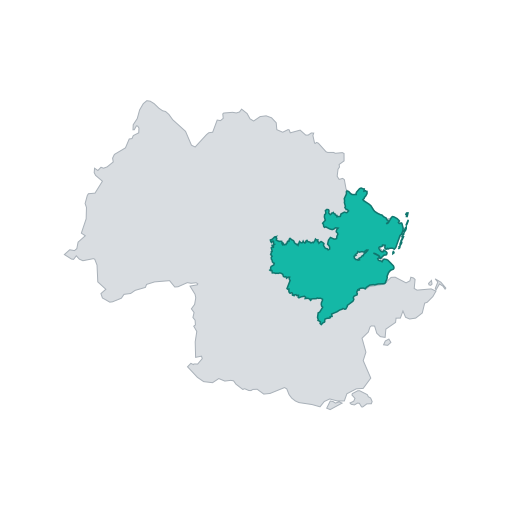 location of Niedersachsen within Germany, rotated 117°
{"feature_id": "DEU-1576", "entity_name": "Niedersachsen", "entity_type": "State", "adm_level": 1, "iso_a3": "DEU", "parent_name": "Germany", "parent_adm1": "", "projection": "albers", "projection_center": [9.302, 52.591], "detail": "fine", "context": "in_parent", "style": "filled", "palette": "teal", "viewbox_px": 512, "rotation_deg": 117, "n_neighbors": 0, "source": "natural_earth", "source_scale": "10m", "svg_char_len": 9794}
<svg xmlns="http://www.w3.org/2000/svg" viewBox="0 0 512 512"><g transform="rotate(117 256 256)"><path d="M229.8,428.3L218.9,421.4L209.3,422.1L207.7,419.8L204.4,420.0L199.5,416.4L195.1,418.4L194.0,420.4L194.3,421.6L198.8,421.8L199.4,422.9L194.8,425.0L187.4,424.2L178.7,426.0L171.4,425.6L167.2,423.8L166.1,420.6L166.5,415.9L168.4,409.7L169.0,405.2L168.3,402.2L169.4,397.9L172.4,392.1L176.9,375.4L186.6,363.8L186.5,359.7L170.3,355.2L167.6,354.0L165.4,350.8L152.5,352.3L151.5,349.1L148.2,347.7L144.5,350.1L143.3,349.7L138.6,342.1L137.5,338.5L135.2,336.1L131.7,335.5L133.1,328.6L136.5,323.6L136.8,319.4L129.9,315.6L126.5,310.6L125.8,304.9L128.1,298.5L134.0,294.8L133.6,288.4L128.8,284.8L128.6,283.7L130.7,281.4L123.8,273.8L125.7,266.6L124.6,264.4L121.3,262.6L120.3,260.4L122.8,260.0L128.7,255.2L128.9,254.4L127.3,253.6L127.2,251.6L131.3,241.0L131.2,239.2L128.5,233.9L128.5,232.0L124.7,226.0L124.7,224.1L131.3,220.7L136.7,223.5L138.8,222.0L141.5,222.3L148.1,219.9L150.0,216.7L147.5,214.0L147.9,211.9L155.4,206.2L156.7,203.4L157.3,198.0L156.4,196.1L155.5,194.9L149.2,193.8L147.7,190.6L148.4,186.5L149.5,185.7L157.1,186.0L160.4,174.1L162.3,170.4L163.3,155.5L159.3,151.0L161.1,142.5L164.0,137.9L166.3,136.7L175.9,136.2L186.5,136.8L190.9,143.8L189.1,147.3L191.7,149.1L193.0,148.5L194.7,141.9L195.6,140.9L200.0,145.3L200.0,151.0L201.3,143.3L200.4,137.9L201.1,132.7L203.7,128.3L211.5,130.2L220.0,129.3L223.3,131.3L230.7,141.3L236.3,143.5L232.0,141.3L223.0,129.1L213.7,125.9L211.7,122.4L211.8,110.1L208.3,107.6L204.6,108.4L204.1,105.6L204.7,103.6L213.1,100.3L213.3,97.0L205.8,85.0L205.6,79.7L211.9,80.0L219.6,82.5L221.4,84.3L231.3,82.0L238.8,85.5L242.4,90.5L242.7,94.9L238.3,100.1L245.8,99.2L247.8,103.0L251.8,101.5L262.2,107.1L269.9,104.0L271.4,108.6L270.0,113.3L264.6,118.5L265.9,121.5L267.6,122.2L272.8,121.4L281.1,124.2L291.8,114.4L300.5,113.0L312.7,98.3L325.3,100.4L328.8,106.3L337.5,112.5L345.1,111.5L348.2,117.6L349.9,125.4L354.6,129.1L361.3,130.5L362.9,138.6L367.1,151.2L367.3,155.2L366.4,159.7L364.5,163.6L360.4,168.3L360.3,170.9L372.1,181.1L375.5,186.4L374.2,194.5L376.3,198.2L378.2,199.4L379.1,201.3L379.4,205.9L380.9,207.2L379.3,215.7L377.4,219.3L378.3,222.1L381.6,227.0L382.1,233.5L388.6,237.2L391.7,245.6L390.7,253.2L385.8,266.7L381.2,265.3L381.2,262.5L380.4,262.3L378.7,258.9L371.8,257.3L370.0,259.1L373.7,263.8L360.1,271.2L350.1,274.5L346.8,279.6L344.9,278.7L340.9,281.1L339.4,284.3L334.5,285.5L332.4,289.6L327.0,288.7L320.6,290.7L317.8,292.9L312.8,301.1L308.3,295.2L307.2,295.2L307.0,297.2L309.8,301.5L310.9,305.1L318.8,311.5L320.5,314.3L317.2,321.8L325.1,334.6L331.0,340.6L334.2,340.3L341.5,348.1L346.3,350.7L350.1,356.2L354.7,356.8L362.0,363.1L363.5,365.3L363.1,373.8L359.9,377.1L353.8,374.7L350.9,385.2L336.3,393.5L332.1,398.2L332.2,399.7L338.8,408.1L339.0,412.0L337.4,416.2L341.8,417.0L342.5,419.0L341.7,427.4L335.0,424.8L333.6,420.2L330.8,419.0L324.4,420.8L315.5,417.3L314.9,422.0L300.0,424.2L289.7,429.1L286.8,432.1L278.6,433.8L276.6,433.6L273.1,428.0L259.1,426.8L257.0,435.5L255.2,438.0L251.1,439.7L251.6,435.7L247.3,434.4L247.0,431.7L244.2,429.1L237.0,425.9L233.9,428.2L229.8,428.3ZM344.0,100.7L344.9,103.8L344.3,105.5L341.0,103.0L337.9,103.2L336.3,107.4L334.9,107.7L329.9,104.2L329.0,102.4L329.0,93.9L330.4,92.0L330.5,89.4L333.0,86.4L335.3,86.2L337.4,90.1L342.1,92.4L342.5,93.5L340.3,97.0L341.0,98.8L344.0,100.7ZM359.2,120.2L359.5,123.9L351.5,124.0L350.7,121.3L351.0,118.5L348.2,115.7L348.0,112.5L359.2,120.2ZM196.7,82.2L195.0,86.0L195.4,79.4L198.4,72.3L199.7,72.5L198.0,75.7L197.6,79.8L204.4,80.2L203.6,81.5L196.7,82.2ZM277.2,102.0L273.0,102.2L269.7,99.9L271.7,96.6L275.8,98.1L277.2,102.0ZM203.2,88.7L202.1,89.8L198.1,88.6L201.1,86.4L202.8,87.0L203.2,88.7Z" fill="#d9dde1" stroke="#a8b0b8" stroke-width="1"/><path d="M159.1,176.3L161.8,172.0L162.4,170.4L162.8,167.3L162.7,163.9L162.3,162.3L163.1,160.1L163.1,157.3L164.3,156.0L164.4,155.4L164.2,154.9L164.9,153.8L166.0,153.6L168.1,154.7L167.4,153.7L166.3,153.2L159.9,152.8L158.9,152.3L158.5,150.9L158.6,147.4L159.5,144.5L159.7,144.1L161.4,144.4L162.0,143.4L161.8,142.5L160.6,141.7L160.6,141.0L161.0,140.5L164.6,137.4L166.8,136.6L171.1,136.2L171.7,136.8L172.4,137.0L185.0,135.3L187.2,135.9L187.0,137.6L187.7,139.3L188.9,140.9L189.8,141.5L189.5,142.4L190.6,142.8L190.9,143.3L190.5,144.6L189.4,145.3L187.8,145.7L188.5,147.9L188.9,148.3L189.6,148.0L190.4,148.2L191.8,150.1L192.7,150.3L193.4,150.0L194.3,148.7L195.0,147.1L195.1,145.5L194.3,144.5L192.6,144.7L193.2,141.6L193.8,140.6L195.5,140.3L196.0,140.6L197.1,142.3L201.7,143.9L201.7,144.3L200.4,145.6L199.9,146.6L199.7,150.6L199.9,151.8L200.2,152.7L200.1,147.2L200.5,146.1L201.8,145.0L202.2,145.9L203.1,146.4L204.1,145.2L204.2,144.5L203.6,141.9L203.9,141.1L202.0,141.0L200.6,140.4L199.9,138.1L199.9,136.5L202.4,129.1L203.4,128.0L204.6,127.5L205.5,127.7L207.2,129.3L208.2,129.9L210.4,130.4L214.8,130.0L215.3,129.4L217.5,128.8L219.7,128.9L220.2,128.5L222.0,128.8L222.8,129.8L225.5,134.6L227.8,137.1L228.2,138.5L230.2,141.4L233.8,143.4L235.7,143.8L235.8,145.7L237.2,148.1L238.4,149.2L239.4,148.5L239.7,148.8L239.9,150.0L240.8,149.7L241.7,150.1L243.2,149.4L243.3,148.8L244.7,148.3L246.7,150.0L247.7,150.5L249.2,150.3L249.9,149.4L250.4,149.1L252.3,149.1L258.5,152.2L259.4,151.8L262.4,151.9L263.1,152.7L263.3,154.7L264.3,155.1L266.2,157.0L268.8,158.4L273.4,162.3L275.3,160.8L276.4,162.4L277.2,161.8L278.1,162.5L279.2,164.3L280.7,165.8L281.9,165.7L283.4,164.9L284.0,165.1L284.9,165.9L287.5,166.7L287.0,168.3L285.4,168.7L285.2,170.2L285.3,171.5L284.5,171.6L282.8,173.3L278.4,174.8L277.2,173.8L271.5,173.3L271.1,173.6L270.9,174.7L269.5,175.9L267.9,176.5L265.4,176.6L264.3,177.1L264.3,179.4L265.4,181.2L265.6,182.4L266.7,183.0L268.1,185.7L269.4,187.4L270.2,187.0L270.8,187.3L270.0,188.6L270.0,189.9L270.2,190.7L271.6,192.9L270.2,193.1L269.9,194.6L272.0,197.4L273.8,198.8L273.6,199.7L271.7,200.3L271.9,200.9L272.4,201.2L272.8,201.9L272.2,202.8L273.1,204.0L273.6,204.0L273.7,204.9L274.1,204.5L274.3,205.5L274.2,205.9L273.0,206.4L272.5,207.2L272.7,208.0L273.5,208.4L273.7,209.2L273.4,209.8L272.4,210.8L270.5,211.7L271.2,212.5L271.0,213.6L262.2,214.5L262.0,215.2L261.1,216.2L259.6,216.4L260.2,217.8L261.9,218.7L261.1,219.3L260.9,220.2L261.6,220.8L261.8,222.2L260.1,223.9L260.0,225.9L260.3,227.2L261.3,228.1L262.0,229.8L262.6,230.5L262.8,232.2L263.7,233.8L261.8,235.2L261.7,235.5L262.5,236.6L262.3,237.3L261.4,236.8L259.6,237.7L258.4,237.7L255.9,236.1L254.2,236.4L254.3,237.3L253.8,238.7L252.3,239.9L251.8,240.9L250.3,241.8L248.9,241.5L248.4,242.9L247.6,243.3L247.7,243.7L245.8,243.8L245.3,244.3L244.5,243.7L241.8,246.1L240.5,245.1L240.5,244.5L240.3,244.4L239.3,244.9L239.7,246.2L239.2,246.6L238.4,245.4L237.3,244.9L237.5,245.5L237.2,245.8L234.9,247.1L235.0,247.7L236.0,248.6L236.7,248.1L237.0,248.2L236.5,249.4L235.2,250.5L233.6,249.1L230.6,248.1L229.6,246.9L230.7,247.2L230.4,246.2L230.9,245.5L232.6,245.2L232.6,243.1L232.4,242.6L232.6,242.0L232.0,241.4L231.3,239.8L231.9,239.5L232.1,238.1L232.8,238.3L232.5,237.5L232.6,237.2L233.6,237.8L234.0,237.2L233.4,236.6L233.1,235.5L232.4,235.1L232.1,234.4L231.0,234.7L230.0,234.0L229.4,234.5L228.5,234.5L228.0,233.3L227.6,233.3L227.0,233.8L226.8,233.6L225.4,234.0L224.8,233.7L224.9,232.8L225.3,232.2L225.3,229.6L225.8,228.7L226.6,228.0L227.1,226.6L227.1,225.5L227.4,225.0L226.8,224.5L227.4,223.4L223.3,223.8L223.8,222.0L223.4,221.0L222.7,220.6L221.4,220.7L221.9,220.0L222.3,218.3L221.0,217.8L220.3,218.4L218.9,217.7L219.7,216.2L219.1,214.3L219.5,213.3L219.1,212.5L218.1,211.9L218.1,210.9L215.8,210.5L213.9,210.7L214.2,209.6L213.6,208.1L215.3,207.8L215.1,206.7L216.1,205.7L213.6,204.7L213.5,204.3L213.9,201.7L214.2,201.0L215.4,200.9L216.1,200.5L217.7,197.7L217.2,195.7L217.8,195.0L217.8,194.5L216.4,193.5L214.8,194.3L214.0,195.1L212.9,197.6L209.0,198.6L205.7,198.1L205.5,194.2L204.7,192.8L203.8,192.1L201.6,192.9L199.6,192.9L198.6,193.7L198.1,195.4L197.4,195.8L195.8,196.0L193.9,195.5L194.8,198.0L196.7,198.9L197.9,200.1L198.4,202.5L198.4,206.7L198.5,207.2L199.4,207.9L199.2,208.5L198.8,209.2L197.3,210.2L196.6,211.5L192.7,210.5L190.2,212.8L188.1,213.6L187.1,213.2L186.0,213.3L184.0,214.8L182.3,214.0L181.8,212.4L182.7,211.4L184.7,210.8L185.5,208.6L184.7,208.1L183.5,208.1L183.1,207.4L182.1,206.9L182.9,205.7L182.6,204.8L183.5,203.7L183.1,202.3L184.3,201.8L182.4,198.8L180.0,199.4L176.8,197.2L176.4,195.1L176.0,194.6L173.8,194.0L173.2,195.8L173.7,196.8L173.4,197.0L172.5,198.8L171.1,198.9L168.3,201.5L166.8,202.0L164.8,203.4L159.7,203.6L157.6,204.7L156.9,204.7L156.5,203.4L156.5,202.5L157.4,200.4L157.7,198.7L157.3,197.5L155.7,194.6L155.0,195.2L153.5,195.4L149.0,194.3L147.7,193.2L147.5,190.8L147.1,190.0L149.2,189.2L148.1,188.1L148.4,186.9L148.1,186.4L150.1,185.4L152.9,185.5L154.4,186.0L155.8,185.8L157.2,186.4L157.8,185.4L158.5,178.6L159.1,176.3ZM201.9,159.6L200.9,159.0L199.9,159.0L200.4,160.2L202.2,161.1L203.3,161.3L203.7,162.1L203.9,163.5L205.7,165.7L205.8,167.3L207.7,167.1L209.7,168.1L210.3,167.9L210.3,167.4L211.7,168.5L213.4,167.2L213.6,165.9L213.9,165.3L213.0,163.9L213.5,163.2L212.4,162.0L211.4,163.2L209.2,161.7L207.9,161.6L207.1,161.1L207.0,160.6L205.4,160.8L202.6,159.5L201.9,159.6ZM162.0,135.3L163.4,134.6L164.9,134.4L168.0,134.8L166.6,135.3L163.2,135.7L162.0,135.3ZM152.5,139.9L150.4,140.5L151.3,141.9L150.4,141.2L149.6,141.4L149.1,141.2L148.6,140.1L152.2,139.2L152.5,139.9ZM171.7,133.3L175.4,133.1L175.9,133.7L173.7,133.7L172.7,133.9L172.6,134.7L171.6,134.5L171.7,133.3ZM176.9,133.2L177.6,132.3L178.8,132.1L181.1,132.3L181.1,132.6L179.3,133.3L178.5,133.3L177.8,132.9L177.3,133.4L176.9,133.2ZM154.7,136.8L155.8,136.3L159.6,135.9L160.7,136.3L154.7,136.8ZM189.7,135.7L190.0,134.8L190.6,134.5L191.8,135.1L190.5,135.7L189.7,135.7ZM182.8,132.6L182.3,132.2L182.4,131.9L183.5,131.7L185.1,132.4L182.9,132.1L182.8,132.6ZM168.6,134.6L169.6,134.2L170.5,134.6L170.1,135.0L168.6,134.6Z" fill="#14b8a6" stroke="#0f766e" stroke-width="1.5"/></g></svg>